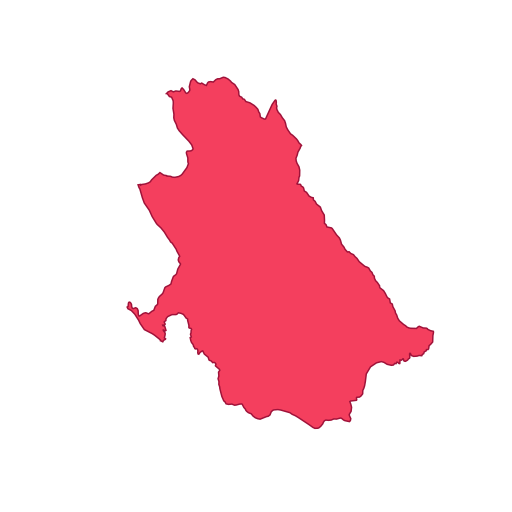 the district of Echeandia, Bolivar, Ecuador, rotated 339°
{"feature_id": "8360857B61359836335380", "entity_name": "Echeandia", "entity_type": "district", "adm_level": 2, "iso_a3": "ECU", "parent_name": "Ecuador", "parent_adm1": "Bolivar", "projection": "equal_earth", "projection_center": [-79.28, -1.448], "detail": "fine", "context": "isolated", "style": "filled", "palette": "rose", "viewbox_px": 512, "rotation_deg": 339, "n_neighbors": 0, "source": "geoboundaries", "source_scale": "gbopen_adm2", "svg_char_len": 6120}
<svg xmlns="http://www.w3.org/2000/svg" viewBox="0 0 512 512"><g transform="rotate(339 256 256)"><path d="M303.9,424.3L306.2,422.9L307.5,419.8L309.1,418.3L310.8,416.2L313.1,412.4L316.7,405.6L323.2,400.5L330.2,398.9L335.2,399.5L337.3,401.1L339.6,404.1L343.3,406.6L345.3,407.0L347.0,406.0L348.1,406.7L349.5,405.6L350.4,406.3L350.9,407.5L351.4,407.9L351.7,407.9L353.2,404.7L354.6,405.4L356.4,404.6L356.7,404.9L356.5,406.8L356.8,407.3L357.9,407.9L360.2,407.5L361.5,406.7L362.6,406.5L363.2,405.9L364.3,402.4L364.9,402.0L365.2,402.3L365.4,404.6L367.2,406.2L370.5,407.2L372.6,407.3L375.0,408.5L376.1,407.5L377.5,407.3L378.7,405.8L380.9,405.5L381.6,404.5L383.0,405.0L383.9,404.5L385.5,401.7L387.3,401.1L390.1,399.6L392.6,393.7L394.3,391.0L394.6,389.9L392.1,388.2L389.9,385.8L389.9,385.2L389.2,384.4L386.3,383.1L383.2,380.1L382.1,380.2L379.8,381.1L374.5,378.9L372.9,377.9L371.2,376.1L370.8,374.9L369.3,372.9L366.6,367.9L366.0,364.8L366.2,361.5L365.8,359.2L366.2,357.1L365.6,352.3L366.0,349.7L364.6,347.9L365.3,344.0L364.0,342.3L363.6,341.0L363.3,337.3L362.7,334.1L360.3,330.1L360.3,329.3L360.7,328.1L359.8,324.2L358.8,321.9L358.6,319.1L359.1,317.7L359.1,316.9L358.4,315.4L358.4,312.9L357.4,310.9L356.9,307.6L355.8,306.3L353.9,304.7L350.3,298.3L349.4,294.4L348.2,292.1L347.5,289.7L345.4,287.6L344.4,285.4L342.8,285.0L341.5,281.6L341.3,279.2L340.1,275.6L340.5,271.5L340.3,269.0L338.8,265.3L337.0,257.7L336.5,256.8L332.6,254.3L332.6,251.8L331.6,250.0L332.8,247.1L334.4,242.2L333.5,237.1L333.6,233.4L331.1,229.2L330.8,226.2L329.7,224.1L330.3,222.2L328.7,221.1L327.0,219.0L326.0,214.7L324.4,212.6L324.8,209.5L324.4,208.2L323.3,207.0L323.3,205.6L323.0,204.9L320.4,203.8L320.1,203.3L322.8,200.9L324.3,198.0L325.4,196.9L327.6,191.5L328.1,188.1L327.5,184.1L327.6,181.6L328.3,179.1L330.6,176.6L332.3,174.1L335.9,171.1L337.0,169.7L338.1,169.2L337.8,168.0L336.7,165.9L336.3,163.2L335.7,161.2L333.5,156.5L332.0,154.3L330.9,149.7L330.5,146.4L331.1,142.7L331.2,139.9L330.1,136.3L329.5,132.7L328.3,129.9L328.0,126.8L328.3,125.1L329.2,123.7L329.3,121.3L330.1,119.7L330.5,117.8L330.2,117.4L329.5,117.5L325.4,120.3L314.1,131.4L313.4,131.4L312.7,131.0L310.5,128.7L309.9,127.7L310.6,124.4L310.2,122.5L310.3,119.7L309.4,117.3L308.2,114.8L305.2,110.8L301.9,108.2L301.3,105.7L300.9,105.2L300.0,104.7L299.5,102.6L297.9,100.9L297.8,99.3L298.8,96.3L298.9,94.1L297.6,88.3L295.4,85.2L294.9,83.6L293.4,80.8L291.1,78.3L289.5,77.4L285.7,77.5L283.5,76.8L281.6,77.0L278.5,78.3L276.1,76.9L274.0,76.5L272.8,77.1L270.8,79.0L269.2,77.6L267.3,75.1L265.8,75.3L263.9,73.7L263.4,73.0L262.2,69.7L260.6,67.9L258.2,69.0L257.3,69.9L254.4,74.1L253.9,76.8L253.4,77.8L251.3,79.1L250.0,79.4L249.5,79.3L248.9,78.6L248.1,74.6L247.2,72.6L246.2,73.0L244.7,74.7L243.7,75.0L240.3,73.2L237.6,73.1L235.9,71.2L232.7,71.3L230.6,72.3L231.4,72.8L232.3,76.1L234.1,77.5L234.3,81.4L233.6,83.6L231.4,88.4L230.2,94.2L228.8,97.5L228.4,100.1L228.8,104.5L228.5,108.4L229.2,111.6L231.1,116.7L234.5,124.8L235.8,129.3L235.7,133.2L235.2,133.9L233.7,134.5L232.3,134.4L229.3,133.4L228.2,134.2L227.8,135.5L227.5,140.0L226.1,143.8L226.0,145.6L223.2,148.7L216.3,153.2L214.7,153.8L212.3,154.1L208.5,153.5L206.3,152.5L204.9,151.1L203.2,150.2L201.5,149.6L201.5,149.0L198.8,147.4L196.2,143.7L194.0,144.6L191.8,144.9L185.8,147.5L183.9,148.8L181.9,149.2L178.6,149.1L175.0,148.3L173.7,148.5L173.8,147.8L171.4,147.3L171.3,150.3L171.6,151.8L170.8,161.0L170.7,166.5L172.8,175.1L173.2,182.0L174.7,190.0L175.1,191.2L177.3,195.6L179.0,200.8L180.1,206.9L181.0,210.0L181.3,212.3L182.4,214.0L183.9,221.1L183.9,223.1L184.7,228.9L183.2,230.0L182.0,231.8L181.9,233.0L182.0,234.3L182.7,236.1L182.5,236.7L178.3,240.2L175.5,244.1L174.5,244.7L171.8,245.4L171.2,245.9L168.1,249.4L166.6,251.6L164.5,252.2L160.6,252.5L159.6,252.9L156.1,257.0L154.9,257.8L151.3,259.2L149.9,260.2L148.8,261.3L147.2,265.2L146.7,265.9L144.0,266.9L141.1,270.1L138.9,270.3L135.3,271.5L134.8,271.3L132.8,269.5L131.8,269.3L130.2,269.2L125.9,270.3L125.3,270.1L125.1,269.4L125.3,268.0L126.4,264.7L126.3,262.6L125.2,261.2L122.4,261.1L121.8,260.3L121.8,258.7L122.4,256.6L122.3,255.4L122.1,254.6L121.6,253.8L120.6,253.7L120.0,254.3L118.5,257.3L117.4,257.5L117.5,259.3L120.1,262.3L122.0,266.9L123.4,273.8L123.7,277.6L125.4,284.7L131.3,291.3L133.0,293.7L136.6,299.9L136.7,300.5L136.4,300.8L138.2,302.7L139.5,301.6L141.5,301.3L141.9,301.0L141.1,299.6L142.9,297.0L143.5,295.6L143.4,294.6L142.8,292.4L142.9,291.9L143.3,292.0L144.3,293.4L145.3,293.2L145.6,289.1L145.3,288.5L144.1,287.7L144.1,287.1L145.9,287.6L146.6,287.3L146.8,286.7L146.6,285.2L146.8,284.5L148.7,284.0L149.4,282.5L150.4,281.7L151.9,280.9L156.5,280.6L160.3,282.0L161.3,282.0L163.2,281.2L165.5,282.7L167.2,284.4L167.7,285.7L168.5,288.9L169.6,290.3L169.1,291.7L168.5,296.7L167.7,298.8L167.9,299.3L169.4,300.4L169.6,301.4L168.8,302.2L167.7,304.6L166.8,305.5L166.6,308.4L165.3,308.6L164.8,311.7L164.8,313.7L165.5,315.9L165.5,317.4L165.3,318.1L165.8,319.4L165.7,320.5L166.2,321.1L167.5,321.3L167.9,322.1L167.8,323.7L167.0,325.3L166.8,326.7L167.4,327.2L169.3,325.9L171.8,325.4L172.3,325.6L172.6,329.0L175.1,333.4L174.9,335.3L175.0,336.6L176.4,337.7L177.4,340.1L178.8,340.3L179.4,340.9L179.9,342.6L179.0,343.5L178.8,344.1L181.3,348.8L181.2,349.8L179.4,351.0L178.3,354.7L176.6,357.0L176.4,360.0L175.3,362.6L175.2,365.1L174.7,367.1L174.2,371.3L173.8,374.9L174.0,379.7L174.8,381.1L175.1,383.3L177.2,384.7L180.4,385.6L182.5,387.6L184.0,388.0L187.7,388.4L189.6,389.0L190.0,389.5L190.4,393.0L191.2,395.2L191.2,396.3L191.6,397.6L192.7,399.5L195.0,401.6L195.9,404.4L197.4,406.8L199.4,408.6L201.4,409.8L208.3,409.7L210.0,410.0L212.1,409.4L214.4,406.9L216.4,406.1L217.6,406.1L221.4,407.2L223.8,408.6L231.5,414.4L233.0,416.7L235.5,419.2L237.6,421.9L245.2,432.6L247.7,436.4L249.2,438.0L251.9,438.9L253.0,439.0L255.4,438.2L258.2,436.6L259.3,435.4L260.9,434.3L262.4,434.2L264.8,435.4L267.4,436.1L270.2,436.0L272.8,437.1L276.7,437.5L277.7,438.2L279.0,440.5L279.9,441.5L283.9,444.1L285.1,443.5L286.2,441.8L286.0,438.4L286.3,437.3L289.1,435.1L291.0,431.5L291.4,428.2L291.4,425.5L292.4,425.3L298.0,426.7L298.5,426.4L298.9,424.4L299.4,424.0L302.1,424.8L303.9,424.3Z" fill="#f43f5e" stroke="#9f1239" stroke-width="1.5"/></g></svg>